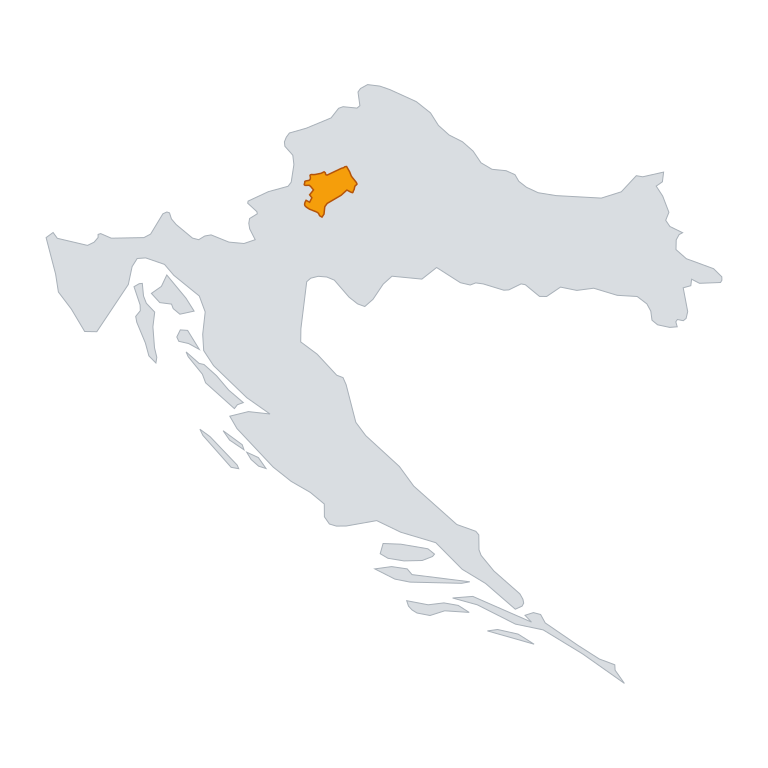 location of Grad Zagreb within Croatia
{"feature_id": "HRV-1589", "entity_name": "Grad Zagreb", "entity_type": "City", "adm_level": 1, "iso_a3": "HRV", "parent_name": "Croatia", "parent_adm1": "", "projection": "natural_earth1", "projection_center": [15.947, 45.796], "detail": "fine", "context": "in_parent", "style": "filled", "palette": "amber", "viewbox_px": 768, "rotation_deg": 0, "n_neighbors": 0, "source": "natural_earth", "source_scale": "10m", "svg_char_len": 4736}
<svg xmlns="http://www.w3.org/2000/svg" viewBox="0 0 768 768"><path d="M53.1,232.5L57.3,238.3L87.5,245.4L94.1,242.2L98.1,237.5L98.1,234.4L100.7,233.6L111.3,238.2L143.9,237.6L150.6,234.1L162.9,213.8L166.9,212.0L169.5,212.9L171.4,218.9L176.1,224.5L192.5,238.1L198.7,239.7L204.8,236.0L211.1,234.9L228.9,242.1L244.0,243.5L255.2,239.7L249.7,228.9L248.8,223.3L249.6,218.5L257.3,213.8L256.9,211.7L247.7,203.2L248.1,201.1L268.5,191.6L288.0,186.3L291.2,182.2L293.9,164.6L292.8,155.2L284.9,146.3L284.4,141.9L286.3,137.2L289.4,133.0L306.3,128.2L331.1,117.9L338.6,108.3L343.1,106.7L357.0,108.1L359.9,105.7L358.0,92.0L360.5,88.5L367.6,84.6L379.8,86.1L389.9,89.6L416.4,101.7L430.5,112.9L438.4,125.4L449.1,135.0L462.5,141.8L473.1,151.1L481.0,162.8L492.0,169.3L506.1,170.7L515.0,174.7L518.8,181.3L526.5,187.3L538.1,192.7L556.0,195.6L601.3,198.1L621.3,191.8L636.3,175.7L642.7,176.8L663.6,172.1L662.4,181.8L656.2,186.1L662.7,196.1L668.9,212.3L665.7,220.3L669.9,226.5L682.6,232.7L679.1,234.6L676.2,239.9L676.0,249.6L686.3,258.7L713.6,268.7L721.8,276.8L721.9,280.2L720.5,282.5L699.5,283.3L691.6,279.2L690.8,285.7L683.2,287.8L687.7,311.6L686.1,318.4L683.3,320.7L677.4,319.5L675.8,321.8L677.2,326.8L669.7,327.4L657.6,324.8L652.0,320.2L650.8,311.1L646.9,303.9L637.2,296.5L617.2,295.3L593.7,288.2L576.8,290.4L560.5,287.1L546.6,296.5L539.5,296.4L525.3,284.7L521.1,283.9L508.8,289.9L503.8,290.2L483.2,283.9L475.7,282.9L470.2,285.0L460.4,282.7L436.6,267.5L421.9,279.1L392.0,276.2L383.2,284.1L373.0,299.3L364.8,306.5L357.6,303.9L349.1,297.2L334.3,280.1L326.8,277.0L318.2,276.3L310.7,278.2L306.7,281.7L300.9,328.7L300.7,341.9L317.2,354.2L336.7,375.2L343.0,377.6L346.1,384.6L355.8,422.3L365.7,435.6L399.4,466.5L413.7,486.1L456.8,524.5L475.8,531.3L478.8,534.9L479.0,549.8L481.1,555.4L493.9,571.0L519.9,593.9L522.9,599.2L523.7,603.1L522.1,606.1L515.3,609.2L485.5,583.4L462.2,569.3L435.8,542.7L400.7,532.2L376.7,520.6L346.3,526.0L336.4,526.1L329.4,524.0L324.4,516.8L324.3,504.0L310.3,492.4L291.2,481.4L273.2,467.1L237.0,428.6L229.8,416.2L248.4,411.6L270.0,414.0L246.8,397.7L213.6,365.7L203.7,350.6L202.7,334.3L205.2,311.9L199.3,296.0L173.8,275.3L164.5,264.4L145.7,257.9L137.2,258.5L132.1,266.6L128.3,284.5L96.8,331.7L84.7,331.5L71.3,309.0L58.4,292.0L55.6,274.0L46.1,237.6L53.1,232.5ZM614.8,664.8L615.1,670.2L624.4,683.4L582.6,653.9L543.2,629.9L515.4,624.1L477.3,604.8L452.6,598.0L472.8,596.4L531.5,622.1L525.0,615.3L533.4,612.6L540.6,614.5L545.2,622.9L578.3,645.6L599.3,659.0L614.8,664.8ZM156.8,357.3L155.9,363.0L148.9,355.9L145.4,343.0L136.8,322.3L135.7,316.4L140.3,310.7L140.1,304.9L134.0,286.7L139.2,283.7L142.3,283.4L143.5,296.0L146.3,303.2L154.7,312.1L152.9,326.8L154.5,347.8L156.8,357.3ZM194.1,311.1L179.9,314.2L173.2,308.6L171.5,304.1L159.8,302.6L151.4,293.4L161.4,286.4L166.8,275.0L186.0,298.2L194.1,311.1ZM422.2,560.5L403.9,560.9L388.0,558.3L380.2,553.7L383.1,543.5L400.9,544.2L427.9,548.8L434.5,554.1L432.5,556.5L422.2,560.5ZM469.8,581.8L461.6,583.3L410.0,582.1L394.9,579.1L374.8,568.9L391.6,566.6L407.2,568.9L412.0,574.6L469.8,581.8ZM237.4,404.7L234.4,408.6L205.6,382.8L202.4,374.2L188.2,356.7L186.1,351.9L199.1,363.4L204.0,364.5L216.5,375.7L228.7,390.1L243.3,402.6L237.4,404.7ZM406.7,600.7L428.2,604.8L443.9,602.9L458.2,605.4L469.2,612.4L444.7,610.8L430.0,615.5L417.0,613.0L412.0,609.9L408.5,606.1L406.7,600.7ZM237.2,465.1L238.7,468.7L231.1,467.3L202.9,435.4L199.9,429.2L210.0,436.6L237.2,465.1ZM187.6,330.4L199.3,349.4L188.5,343.5L178.8,341.3L176.8,337.0L180.3,329.9L187.6,330.4ZM518.1,634.1L534.1,644.2L487.4,630.9L497.6,629.5L518.1,634.1ZM258.4,457.6L266.0,468.5L258.7,466.2L251.1,459.5L246.7,452.2L258.4,457.6ZM242.2,444.7L244.0,449.8L229.6,440.1L223.1,430.7L242.2,444.7Z" fill="#d9dde1" stroke="#a8b0b8" stroke-width="1"/><path d="M327.1,175.1L341.4,168.3L343.6,167.7L344.9,166.7L346.6,166.5L349.7,171.9L351.2,175.8L351.9,176.9L356.0,182.0L356.7,183.2L357.0,184.1L356.7,184.5L354.9,186.2L354.8,186.5L354.7,186.9L354.4,188.3L354.2,189.3L353.4,190.9L353.0,192.2L352.7,192.6L352.4,192.7L350.5,192.0L347.2,190.2L346.8,190.1L341.2,195.2L327.2,203.4L324.8,206.7L324.0,214.1L322.0,217.1L320.0,216.0L319.5,215.5L319.2,214.8L318.9,214.2L318.6,213.5L318.1,213.0L317.4,212.5L316.6,212.0L309.5,209.2L306.3,207.1L305.5,206.3L305.0,205.8L304.9,205.5L304.7,205.0L304.6,204.3L304.7,203.5L305.1,202.1L306.1,200.3L309.6,202.2L311.9,197.8L309.6,194.8L312.2,191.6L313.5,189.9L310.7,186.5L309.2,185.3L305.1,185.4L304.4,184.9L304.2,184.5L304.8,182.4L304.8,181.9L304.8,181.5L305.2,181.2L306.0,180.9L308.8,180.4L309.7,179.9L310.3,178.9L310.4,177.9L310.3,176.9L310.1,176.0L310.0,175.3L310.5,174.8L311.4,174.5L313.5,174.6L315.1,174.5L321.1,173.3L324.1,171.8L325.3,172.8L325.5,173.2L325.5,174.0L325.9,174.7L327.1,175.1Z" fill="#f59e0b" stroke="#b45309" stroke-width="1.5"/></svg>